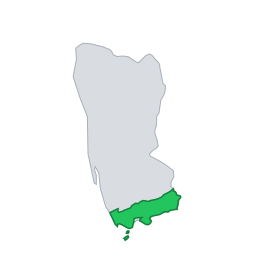 El Salvador, with La Unión highlighted, rotated 60°
{"feature_id": "SLV-1350", "entity_name": "La Unión", "entity_type": "Department", "adm_level": 1, "iso_a3": "SLV", "parent_name": "El Salvador", "parent_adm1": "", "projection": "natural_earth1", "projection_center": [-87.879, 13.537], "detail": "fine", "context": "in_parent", "style": "filled", "palette": "green", "viewbox_px": 256, "rotation_deg": 60, "n_neighbors": 0, "source": "natural_earth", "source_scale": "10m", "svg_char_len": 2790}
<svg xmlns="http://www.w3.org/2000/svg" viewBox="0 0 256 256"><g transform="rotate(60 128 128)"><path d="M91.3,70.2L93.3,70.7L106.6,75.4L110.5,74.5L115.5,78.3L117.9,81.3L120.0,85.4L130.5,93.7L132.3,97.3L140.1,102.2L143.3,105.9L146.6,107.5L153.2,108.9L158.8,110.9L159.4,112.3L159.9,117.8L161.1,122.5L163.8,122.8L167.0,120.5L177.5,114.3L187.5,110.1L193.1,112.6L196.4,117.8L200.2,120.1L208.1,118.7L215.2,119.2L220.8,123.7L222.1,126.3L218.7,141.5L217.4,148.0L216.8,153.4L218.9,154.9L220.8,157.0L220.4,160.0L214.3,164.8L212.3,166.1L213.8,175.4L209.2,181.1L205.0,185.1L197.6,186.2L185.1,186.7L166.3,182.1L152.4,175.8L145.0,175.8L147.3,177.8L153.2,179.1L161.0,183.6L158.8,184.8L130.5,175.6L97.9,157.5L78.4,154.6L56.0,149.8L42.8,138.4L32.9,133.4L32.1,129.1L32.2,124.3L36.7,117.9L45.1,109.2L50.7,104.7L53.3,103.8L57.0,104.3L60.5,101.8L63.5,95.8L66.7,91.9L74.8,88.0L76.6,86.5L76.0,83.1L74.2,76.6L74.5,72.6L77.2,70.8L80.3,70.4L86.8,68.8L89.6,69.1L91.3,70.2Z" fill="#d9dde1" stroke="#a8b0b8" stroke-width="1"/><path d="M214.0,116.8L214.7,117.4L215.5,119.9L216.1,121.0L216.6,121.3L217.7,121.8L218.2,122.1L219.4,123.3L221.7,125.5L223.1,126.1L222.3,127.5L220.7,131.7L220.3,133.2L220.9,134.8L220.5,135.8L219.7,136.6L219.0,137.8L218.7,139.4L218.8,142.9L218.6,144.6L216.7,149.8L216.2,152.4L217.0,154.5L217.9,154.8L219.5,154.2L220.7,154.7L221.3,155.5L221.7,156.6L221.9,157.9L221.7,159.1L220.3,160.9L214.0,164.1L213.4,163.7L213.0,162.9L212.4,160.9L210.1,165.4L209.5,168.0L211.0,169.1L211.9,169.5L214.6,172.4L216.1,173.6L216.2,174.1L216.2,175.2L215.6,177.2L214.0,178.6L208.1,182.0L206.5,183.5L206.2,185.0L208.0,186.4L205.2,187.2L194.2,186.3L192.2,185.9L192.7,178.6L192.8,177.9L193.0,176.9L193.1,177.0L193.8,177.6L194.5,178.0L195.3,178.4L195.6,178.4L195.8,178.4L196.2,178.3L196.4,178.1L197.4,174.2L197.5,173.7L197.4,173.1L197.3,172.7L198.4,166.0L198.3,165.8L198.3,165.6L198.2,165.4L197.4,164.0L197.3,163.8L197.2,163.5L197.0,161.9L197.0,159.5L197.0,158.9L197.2,158.6L197.3,158.4L197.7,158.2L197.9,158.0L198.1,157.8L198.4,157.4L198.5,157.1L198.5,156.8L198.2,155.4L198.1,152.6L198.3,151.4L198.8,150.6L201.3,147.6L201.9,146.6L202.0,144.9L203.8,139.5L204.3,137.0L204.5,134.9L204.6,133.1L204.5,132.5L204.4,132.3L204.3,132.1L204.2,131.9L203.9,131.3L203.8,131.1L203.7,130.9L203.7,130.6L204.0,124.9L203.9,122.3L203.5,120.8L203.3,119.0L203.7,119.1L204.9,119.9L205.4,120.1L205.8,119.9L206.8,119.0L207.4,118.8L208.2,118.8L209.8,119.2L210.6,119.1L211.3,118.5L212.0,117.6L212.8,116.8L214.0,116.8ZM221.3,183.5L221.2,182.3L221.8,181.8L222.9,182.2L223.6,184.0L223.6,185.4L223.9,186.3L223.2,186.7L222.2,186.3L221.5,186.7L221.5,185.7L221.1,184.7L221.3,183.5ZM218.1,178.9L218.7,179.3L219.3,180.6L218.8,181.4L218.3,182.0L217.2,180.9L217.0,179.5L217.4,178.9L218.1,178.9Z" fill="#22c55e" stroke="#15803d" stroke-width="1.5"/></g></svg>